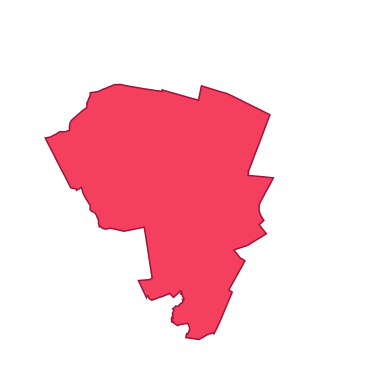 Brazi, Prahova, Romania, rotated 62°
{"feature_id": "2599482B36068226507854", "entity_name": "Brazi", "entity_type": "district", "adm_level": 2, "iso_a3": "ROU", "parent_name": "Romania", "parent_adm1": "Prahova", "projection": "equal_earth", "projection_center": [26.003, 44.867], "detail": "fine", "context": "isolated", "style": "filled", "palette": "rose", "viewbox_px": 384, "rotation_deg": 62, "n_neighbors": 0, "source": "geoboundaries", "source_scale": "gbopen_adm2", "svg_char_len": 5780}
<svg xmlns="http://www.w3.org/2000/svg" viewBox="0 0 384 384"><g transform="rotate(62 192 192)"><path d="M179.3,290.2L179.3,289.6L179.4,289.2L179.5,289.0L180.0,288.8L181.8,288.3L182.3,287.9L183.6,286.5L184.3,285.4L184.8,284.4L185.0,283.0L185.2,282.5L185.7,281.5L186.3,280.2L187.5,278.9L192.2,273.3L194.3,271.1L194.6,270.6L195.0,269.5L195.3,268.5L196.2,265.5L200.2,252.3L200.6,251.1L200.8,250.8L201.7,251.1L204.4,252.0L217.6,256.5L234.0,262.3L241.0,264.7L249.3,267.6L249.4,270.4L249.4,270.8L248.1,273.8L247.1,276.1L245.0,280.9L263.9,281.8L263.7,281.6L263.4,281.0L263.1,280.3L262.9,280.0L262.7,279.9L262.8,279.7L263.7,279.7L266.1,279.7L266.4,279.7L266.7,279.6L267.3,279.0L267.7,278.8L268.4,278.4L268.7,278.3L268.8,277.2L269.2,274.8L269.5,272.6L269.4,271.7L269.6,270.7L270.0,269.3L270.4,267.1L270.6,264.8L271.1,260.5L271.0,260.2L270.8,259.4L276.4,257.9L274.0,248.5L274.4,248.4L275.8,248.3L276.1,248.3L276.4,248.4L276.5,248.5L276.6,248.9L276.3,249.4L276.2,249.5L276.2,249.8L276.5,249.9L277.0,249.7L277.3,249.2L277.5,249.0L277.9,249.0L278.7,249.0L279.1,249.1L279.5,249.3L279.9,249.4L280.2,249.4L281.2,249.1L281.5,249.1L283.1,249.7L282.3,250.9L284.3,251.4L285.0,251.7L285.3,253.5L285.0,254.4L285.4,254.9L285.5,255.0L285.8,256.6L286.1,256.7L286.4,256.7L286.5,256.8L286.5,257.0L286.2,257.7L286.1,258.0L286.0,258.5L285.1,260.1L285.6,260.1L285.7,261.3L286.0,263.9L286.5,263.9L287.7,263.7L288.2,263.7L288.3,263.7L288.6,264.2L288.8,264.4L289.0,264.7L289.1,265.0L289.2,265.3L289.3,265.5L289.5,265.6L289.9,266.3L290.1,266.4L290.2,266.5L290.8,266.4L291.2,266.4L291.6,266.6L291.7,266.8L292.4,267.2L292.6,267.4L292.7,267.6L292.8,268.1L292.9,268.3L293.2,268.3L293.3,268.3L293.5,268.1L294.0,267.6L294.3,267.6L294.4,267.8L294.5,268.0L294.5,268.4L294.4,268.6L294.2,269.0L293.9,269.4L293.9,269.5L294.0,269.6L294.4,269.8L294.6,269.7L295.2,269.5L295.4,269.5L295.6,269.5L295.7,269.8L295.5,270.1L295.6,270.3L295.8,270.3L296.1,270.1L296.3,270.0L296.5,270.1L296.5,270.3L296.4,270.4L296.4,270.5L296.5,270.7L296.9,270.9L297.2,270.9L297.4,270.8L297.5,270.7L297.5,270.2L297.5,269.9L297.7,269.4L297.9,269.3L298.1,269.3L298.4,269.3L298.5,269.3L298.7,269.6L298.6,269.8L300.4,269.0L301.0,268.6L302.5,267.8L303.2,267.5L303.4,264.9L306.1,257.2L309.8,257.7L310.7,258.0L312.5,258.8L313.2,259.7L314.5,261.3L315.4,262.4L314.6,263.1L315.2,263.8L317.1,265.3L317.5,265.7L317.6,265.8L319.6,263.1L320.3,262.1L321.9,260.0L325.6,254.9L325.6,254.4L325.5,253.9L325.5,252.4L325.4,249.6L325.3,248.8L325.3,248.3L325.2,247.3L325.2,246.2L325.2,245.5L325.6,243.1L325.8,242.1L326.3,239.4L327.5,239.3L326.4,237.6L325.1,235.7L323.7,233.7L321.7,231.0L316.5,224.5L299.3,203.5L295.7,205.4L282.0,184.2L277.7,177.6L275.4,178.8L272.9,180.2L272.6,180.3L271.9,180.6L271.4,180.7L271.0,180.8L270.0,180.9L268.9,181.1L267.8,181.3L264.5,182.0L264.0,182.0L263.5,182.1L263.3,182.2L263.1,182.2L262.9,182.2L262.9,181.8L263.3,179.3L264.6,171.6L264.7,171.1L264.9,170.5L264.9,170.0L265.1,169.1L265.2,168.7L265.2,168.1L265.2,167.6L264.9,163.3L264.1,150.6L263.9,147.8L263.8,146.7L263.8,145.9L261.5,146.4L259.4,146.8L252.4,148.0L250.9,141.9L245.8,142.3L243.7,142.2L242.4,142.0L240.4,141.6L238.8,140.9L237.6,140.3L237.1,140.0L235.5,138.9L234.4,138.0L233.2,136.6L232.6,135.8L231.4,134.0L228.8,130.1L226.8,127.2L221.3,118.7L217.7,113.5L217.5,113.8L214.2,118.7L212.2,121.7L209.1,126.4L203.7,134.7L200.8,132.6L200.6,132.8L200.4,132.8L200.5,132.7L200.0,132.1L195.7,127.2L191.4,122.3L190.1,120.9L180.8,110.1L166.5,93.9L160.4,86.9L159.3,87.6L157.1,89.3L151.8,93.0L149.4,94.7L147.5,96.1L144.7,98.1L139.3,102.0L132.8,106.5L130.9,108.0L129.1,109.2L127.8,110.2L126.3,111.2L124.9,112.3L123.4,113.5L122.8,113.9L121.3,115.1L120.1,116.4L112.7,123.9L104.4,132.1L102.7,133.8L103.4,134.4L114.0,143.2L112.6,144.6L108.6,148.9L101.1,156.7L97.7,160.2L94.4,163.7L90.1,168.1L87.8,170.4L89.3,170.9L88.6,171.9L87.1,173.9L84.7,177.4L84.1,178.1L82.0,180.9L80.0,183.6L78.8,185.3L74.9,190.3L72.1,194.0L71.6,194.6L71.6,194.8L68.5,198.5L66.5,201.1L64.8,203.1L64.1,203.7L63.9,204.0L63.4,204.7L63.1,205.4L63.0,205.7L62.3,207.1L61.9,208.0L61.5,208.7L61.1,209.4L60.8,210.2L60.6,212.0L60.3,215.0L60.1,217.2L59.7,221.1L59.6,221.9L59.6,222.2L59.5,222.4L59.5,223.5L59.3,226.2L59.2,227.1L59.1,228.1L59.0,228.5L58.9,228.8L58.8,229.3L58.7,229.4L58.7,229.5L58.5,229.8L58.0,231.5L57.6,232.5L57.1,233.9L56.5,235.2L57.8,235.9L58.7,236.4L59.2,236.8L59.5,237.1L59.6,237.3L60.0,237.9L60.3,238.4L61.4,239.7L62.6,241.0L63.8,242.7L64.1,243.0L64.6,243.4L64.9,243.5L65.3,243.7L65.6,243.7L66.0,243.9L66.4,244.1L66.6,244.4L66.8,244.8L66.9,245.0L67.1,245.1L67.4,245.2L67.9,245.3L68.1,245.4L68.3,245.8L68.4,246.0L68.3,246.7L68.3,247.0L68.5,248.0L68.6,249.7L68.8,250.8L69.0,251.7L70.5,257.7L71.4,261.9L71.6,262.9L72.1,264.4L72.8,265.9L73.8,267.2L74.7,268.0L75.5,268.7L76.7,269.4L78.0,270.2L80.0,271.1L80.0,271.6L79.7,272.8L79.5,273.8L79.4,275.6L79.2,276.0L78.8,276.7L78.5,277.3L78.2,277.8L77.4,278.9L77.0,279.6L76.9,279.9L76.8,280.6L76.7,281.1L76.7,281.6L76.7,282.3L76.8,282.6L77.0,283.7L77.0,286.0L76.9,287.9L77.0,291.5L76.5,292.7L75.4,296.2L79.1,296.3L81.5,296.4L94.7,296.5L101.3,296.7L107.3,296.8L112.6,296.9L113.0,296.7L113.9,296.7L114.6,296.9L118.3,296.8L131.4,297.1L132.5,295.7L133.2,294.9L135.7,292.4L136.3,292.9L136.3,291.5L136.0,287.3L136.3,287.4L138.7,288.1L139.5,288.3L142.0,288.7L143.2,288.8L149.0,288.8L152.6,288.4L155.5,288.3L156.0,288.3L156.4,288.4L156.8,288.6L157.3,288.9L157.9,289.3L158.3,289.6L158.9,289.9L159.3,290.1L159.7,290.2L160.1,290.2L160.8,290.1L161.1,290.0L162.3,289.4L163.3,288.6L164.2,287.9L164.5,287.7L164.9,287.6L165.5,287.4L165.9,287.4L167.3,287.4L168.7,287.5L170.1,287.6L170.8,287.6L171.8,287.6L172.8,287.9L173.6,288.2L174.1,288.2L175.1,288.9L175.4,289.1L176.2,289.5L176.7,289.5L177.2,289.5L178.2,289.8L178.6,290.0L179.3,290.2Z" fill="#f43f5e" stroke="#9f1239" stroke-width="1.5"/></g></svg>